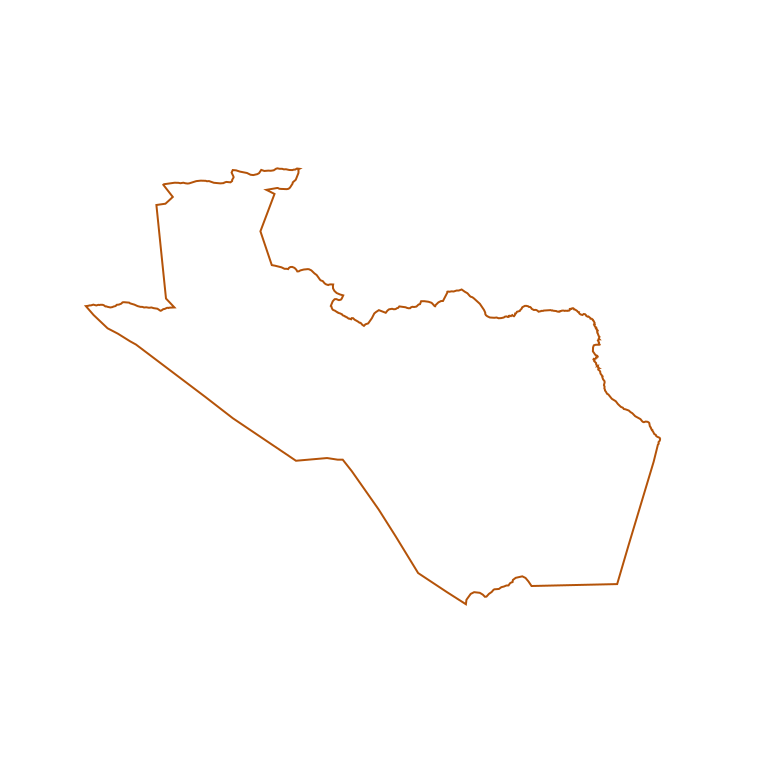 Dormaa Municipal, Brong Ahafo, Ghana (Equal Earth projection), rotated 298°
{"feature_id": "2480657B85939384202988", "entity_name": "Dormaa Municipal", "entity_type": "district", "adm_level": 2, "iso_a3": "GHA", "parent_name": "Ghana", "parent_adm1": "Brong Ahafo", "projection": "equal_earth", "projection_center": [-2.774, 7.238], "detail": "fine", "context": "isolated", "style": "outline", "palette": "amber", "viewbox_px": 768, "rotation_deg": 298, "n_neighbors": 0, "source": "geoboundaries", "source_scale": "gbopen_adm2", "svg_char_len": 6149}
<svg xmlns="http://www.w3.org/2000/svg" viewBox="0 0 768 768"><g transform="rotate(298 384 384)"><path d="M534.3,208.3L533.4,206.0L531.6,204.9L531.1,203.9L529.8,202.6L528.5,199.9L527.6,196.6L526.5,194.8L526.2,193.1L525.0,190.8L524.4,188.7L523.5,187.7L520.9,186.3L519.1,183.9L518.1,181.7L515.9,178.3L515.4,175.1L511.5,174.7L509.8,173.6L507.1,170.5L506.1,167.9L506.0,164.0L503.9,157.1L503.2,153.1L501.9,150.0L499.1,150.2L496.5,153.7L495.8,154.2L493.0,154.1L491.9,154.6L490.0,153.8L488.4,149.9L486.7,148.3L486.1,148.1L484.3,145.3L481.8,139.3L481.0,134.2L479.9,132.5L479.7,131.2L477.5,126.7L475.0,123.0L469.7,117.8L468.8,116.5L468.0,114.4L467.5,112.3L465.7,110.0L465.1,108.0L463.4,104.6L457.2,96.1L456.7,95.7L456.3,95.6L450.0,109.7L440.6,106.4L435.2,99.0L434.6,99.4L357.1,151.4L353.2,163.0L350.6,158.6L350.0,158.2L349.9,157.5L349.3,156.6L347.3,155.1L346.5,154.0L344.3,152.9L343.7,152.2L344.1,148.6L342.8,144.9L342.4,142.8L341.0,140.7L340.1,138.0L338.9,136.2L338.7,134.6L337.8,132.8L337.1,129.9L336.9,126.4L336.0,122.0L336.2,120.8L334.1,115.9L333.3,114.8L331.6,114.3L329.7,112.7L328.4,110.8L326.8,110.4L325.3,108.7L324.5,108.2L323.1,106.4L322.3,103.5L322.2,102.5L321.7,101.6L322.0,99.4L321.7,98.1L320.7,96.2L320.1,95.6L319.8,94.6L318.3,93.1L317.6,90.1L315.8,88.3L315.0,86.9L314.2,86.2L312.8,84.2L308.6,95.1L303.4,113.8L303.5,125.4L302.5,139.8L302.4,146.5L288.7,232.3L282.8,266.6L274.9,342.3L291.9,368.5L295.4,378.5L297.8,383.1L291.9,396.5L270.7,438.2L254.8,466.1L233.1,502.9L229.8,537.2L228.0,559.7L232.2,558.1L239.4,559.1L242.5,561.3L244.6,566.6L244.4,570.2L243.5,573.0L244.4,574.3L248.0,575.2L250.9,576.7L253.6,577.3L254.5,577.8L257.0,581.7L259.7,583.0L261.5,585.0L263.5,586.6L264.6,588.5L267.2,588.8L268.7,589.7L269.4,590.5L271.5,589.8L274.7,591.3L279.1,596.4L279.2,600.0L277.5,604.2L274.9,609.1L316.8,683.8L356.6,675.6L441.9,658.6L459.1,654.3L460.2,654.6L461.5,653.7L463.5,654.1L465.1,653.6L465.9,652.6L465.7,650.0L465.9,648.7L466.7,647.8L466.7,646.2L468.5,643.6L468.9,642.4L469.4,642.4L469.7,641.2L470.5,640.2L470.9,640.0L471.0,639.5L471.6,638.5L474.1,636.5L474.3,635.9L474.4,634.6L473.7,632.7L472.3,631.4L472.1,630.6L472.3,629.4L473.4,626.9L473.5,620.9L474.8,616.9L474.9,614.9L475.5,612.6L475.0,609.0L474.5,607.5L475.2,606.0L475.0,603.9L476.1,600.0L477.6,596.7L477.9,592.1L480.1,587.0L480.1,585.5L481.3,583.7L482.0,582.2L482.9,581.6L483.5,580.7L485.2,580.0L486.3,578.7L488.9,578.1L490.0,577.4L491.0,575.2L492.7,573.4L493.4,573.4L493.5,572.7L493.9,572.3L494.5,570.8L495.4,569.7L496.3,569.2L497.0,568.1L497.3,566.4L498.0,566.3L498.8,565.6L499.0,566.0L499.1,565.3L499.7,565.0L499.8,564.4L500.4,564.3L499.9,563.8L500.4,563.8L500.7,562.3L502.1,561.4L502.8,559.0L503.3,559.0L504.0,557.4L504.7,557.4L504.9,558.2L505.8,559.0L506.7,558.8L507.2,559.4L507.7,559.0L508.5,559.8L509.0,559.1L508.9,557.0L510.9,553.1L514.5,551.4L516.6,551.1L517.9,552.3L519.7,555.5L519.9,555.3L520.2,555.6L520.7,554.7L521.7,554.3L522.0,553.4L522.7,553.0L522.9,552.4L524.3,552.6L524.6,553.2L524.9,552.3L526.8,552.1L527.2,551.0L528.9,549.1L529.4,548.2L530.2,548.1L530.8,547.2L531.6,547.5L532.3,545.9L532.4,545.0L532.6,544.9L533.1,545.3L533.6,544.8L533.5,543.9L534.5,542.2L535.0,542.2L535.2,541.7L535.7,542.0L536.1,541.3L536.8,541.3L538.1,539.5L538.3,538.5L538.8,538.3L539.1,536.8L538.6,535.7L539.1,535.2L539.6,532.8L539.1,532.4L539.0,532.0L539.2,530.4L539.5,530.3L540.0,528.8L539.6,527.5L538.1,526.8L537.7,524.9L537.9,523.6L538.6,522.3L538.9,522.3L538.7,521.2L539.2,520.2L539.4,517.9L539.1,516.8L539.6,516.3L539.7,515.4L539.1,514.5L538.3,514.4L537.8,513.1L537.5,512.8L536.3,513.3L535.6,512.9L535.1,511.9L534.8,511.8L533.8,509.6L533.4,509.3L533.2,508.3L532.4,506.7L531.7,506.2L531.2,505.4L530.4,505.2L530.3,504.6L529.9,504.5L529.3,502.9L529.3,501.9L528.1,498.9L528.1,498.2L527.6,497.6L527.5,496.5L523.8,490.5L523.2,490.1L522.4,488.5L522.0,488.4L520.4,486.5L520.8,485.2L520.8,483.7L520.5,482.8L519.7,481.6L519.7,479.7L519.7,479.1L520.4,478.0L520.6,476.8L520.1,475.7L520.3,474.8L519.8,472.9L519.1,471.7L517.2,470.4L516.4,470.0L515.3,470.2L512.8,469.5L512.2,469.6L510.2,467.5L508.2,467.4L507.8,466.7L506.4,467.2L504.9,467.0L504.7,466.4L505.1,464.9L503.5,464.2L503.4,463.1L502.8,462.3L501.8,462.6L501.3,461.9L501.3,460.7L500.4,459.3L498.9,458.5L497.1,456.4L495.8,454.2L495.6,452.3L494.2,450.2L492.4,446.2L492.3,443.3L492.6,441.7L493.4,440.5L494.5,439.9L496.3,437.6L499.8,431.0L501.8,423.2L502.1,421.3L501.8,419.8L501.9,418.7L503.3,415.1L503.4,411.9L503.9,408.2L501.6,406.1L500.6,404.2L498.4,402.1L497.5,400.1L496.2,398.5L495.7,397.1L495.2,396.6L494.2,397.0L485.0,397.1L484.0,395.4L481.6,393.7L477.5,392.4L476.7,392.7L476.5,392.2L477.8,388.7L478.0,387.7L477.5,384.7L476.0,380.6L474.5,377.9L471.4,378.3L470.4,377.2L467.6,376.3L466.1,374.4L465.5,372.8L464.3,371.8L463.2,371.5L462.4,370.1L462.0,368.6L461.9,367.1L459.7,361.1L457.8,360.7L457.1,359.9L455.6,359.1L454.6,357.6L454.2,355.8L452.3,353.4L450.5,352.6L447.7,352.1L446.8,344.8L443.7,343.1L441.7,342.3L436.4,342.4L430.1,341.6L428.0,339.6L425.9,339.0L426.1,337.0L426.9,335.0L426.9,334.1L426.6,333.6L426.9,331.6L427.0,327.8L427.6,325.8L427.0,324.6L425.8,324.6L425.8,323.9L425.5,323.7L425.5,322.8L425.1,322.0L425.5,319.8L425.3,319.4L425.5,318.4L425.3,318.0L425.5,316.9L425.3,316.1L425.3,315.1L425.8,314.3L425.7,312.0L425.3,310.1L425.6,309.3L425.4,308.9L425.7,306.4L425.5,304.2L425.7,303.5L426.9,301.9L427.8,301.1L427.9,300.4L433.0,299.9L435.4,300.5L435.9,300.8L436.6,302.2L436.8,304.5L437.0,305.0L438.2,306.3L439.5,306.6L443.1,306.4L442.4,303.1L442.1,299.5L442.9,296.5L444.5,294.1L446.7,292.8L448.0,292.4L446.8,289.9L445.8,288.7L445.2,288.3L444.8,286.1L444.9,285.0L445.0,284.3L446.1,281.6L445.8,279.6L446.0,278.6L448.6,273.4L449.0,270.7L450.2,266.5L450.1,263.9L449.6,262.7L447.4,259.4L445.0,256.8L443.5,255.9L442.7,254.6L443.8,252.8L444.5,250.5L444.3,248.0L443.3,246.4L442.8,246.1L442.0,245.6L440.4,245.4L440.1,244.1L439.0,242.0L438.9,238.7L437.3,232.3L436.3,229.1L460.8,203.2L500.4,198.1L500.2,189.0L506.8,197.5L507.2,198.2L507.2,199.3L507.4,200.4L510.4,206.7L511.6,208.1L513.3,208.8L515.7,209.0L517.9,209.2L519.2,208.8L522.9,210.2L530.1,209.4L532.2,208.4L533.1,207.5L534.3,208.3Z" fill="none" stroke="#b45309" stroke-width="2"/></g></svg>